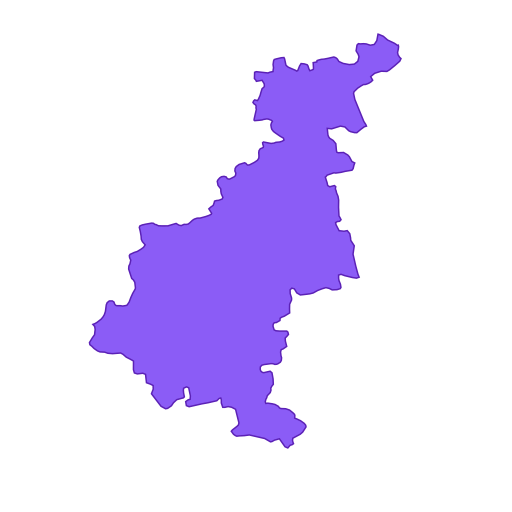 Idleb, Idlib, Syria (Albers equal-area conic projection), rotated 259°
{"feature_id": "27442178B9567094438554", "entity_name": "Idleb", "entity_type": "district", "adm_level": 2, "iso_a3": "SYR", "parent_name": "Syria", "parent_adm1": "Idlib", "projection": "albers", "projection_center": [36.811, 35.88], "detail": "fine", "context": "isolated", "style": "filled", "palette": "violet", "viewbox_px": 512, "rotation_deg": 259, "n_neighbors": 0, "source": "geoboundaries", "source_scale": "gbopen_adm2", "svg_char_len": 6112}
<svg xmlns="http://www.w3.org/2000/svg" viewBox="0 0 512 512"><g transform="rotate(259 256 256)"><path d="M220.0,82.8L217.6,84.2L214.6,84.1L209.5,82.5L207.1,79.9L202.8,76.0L200.6,76.0L198.8,77.6L196.1,79.4L193.1,82.3L191.6,84.6L190.5,89.1L188.8,92.0L187.5,96.6L186.6,104.6L184.9,106.7L181.5,109.3L178.6,113.0L176.3,115.7L167.8,114.0L164.4,114.3L162.9,117.0L162.5,122.5L160.9,125.0L152.5,124.3L150.3,128.0L148.5,130.3L144.9,129.7L140.7,127.1L126.6,134.1L123.3,138.1L123.3,140.2L125.1,144.4L127.7,147.0L130.1,150.8L130.6,157.7L131.4,158.8L135.5,158.8L138.1,159.1L140.0,159.7L140.8,162.8L139.5,164.8L131.2,164.9L127.9,164.0L127.8,162.0L126.5,159.2L122.4,159.1L120.8,161.6L121.2,174.6L121.1,180.9L121.4,189.9L123.2,192.6L123.3,194.3L121.5,194.5L118.3,193.9L113.8,194.5L113.4,196.5L113.5,199.9L112.2,203.2L109.4,206.7L95.4,207.4L93.4,206.4L92.4,204.8L89.8,199.7L88.7,198.3L85.3,199.9L83.7,201.4L82.8,202.7L82.6,205.4L81.9,210.3L81.6,215.3L75.2,229.7L70.8,234.8L70.8,236.2L71.7,239.0L72.1,244.1L63.2,248.1L61.5,250.6L63.7,253.4L63.9,255.5L64.6,257.0L66.3,256.7L68.5,256.7L69.4,257.2L70.1,257.3L72.6,265.4L74.2,268.2L78.7,272.5L80.4,272.5L82.5,271.4L85.8,268.3L88.1,265.2L89.5,263.0L91.9,263.7L93.2,263.6L95.1,262.3L98.4,259.5L100.4,256.0L101.5,251.4L102.3,250.1L104.2,249.2L106.6,246.4L107.8,243.8L109.3,239.5L109.4,237.5L111.2,237.3L113.4,238.3L114.7,239.4L116.7,240.4L119.2,243.9L121.4,245.1L123.5,245.3L125.3,246.8L126.7,248.5L132.1,249.3L138.3,249.4L140.2,247.9L140.0,241.4L140.5,240.1L142.0,238.8L143.9,238.5L146.3,239.1L147.7,240.9L147.9,243.3L147.5,250.1L147.0,252.2L146.0,253.8L145.8,255.7L146.1,257.2L147.1,259.6L148.6,260.9L151.2,261.7L153.4,261.5L157.1,261.8L159.3,262.9L159.6,264.8L161.4,268.9L166.8,268.6L169.9,269.0L171.2,270.9L172.8,272.9L175.2,272.8L176.4,271.9L177.7,265.2L178.8,261.3L180.0,259.7L183.9,259.3L185.8,259.9L187.0,261.2L186.8,263.3L188.1,267.2L190.3,267.8L191.0,269.3L191.5,272.3L193.7,278.2L197.6,278.8L202.2,279.8L206.0,282.5L207.9,282.9L212.6,282.4L216.3,283.0L217.6,285.0L216.4,287.4L212.0,289.0L209.3,292.1L208.9,297.1L208.6,301.6L208.8,305.1L210.4,310.0L211.2,314.5L211.6,318.6L210.2,321.7L208.2,324.3L207.5,329.1L207.9,332.5L209.0,333.4L212.2,333.5L215.9,332.8L218.0,332.8L221.5,333.4L221.8,336.0L219.8,339.3L216.5,346.5L215.1,350.4L215.5,353.2L218.6,352.6L226.9,352.0L239.3,351.6L247.3,354.4L253.3,352.0L255.9,352.3L260.0,352.3L263.5,350.4L263.5,347.1L265.0,342.4L271.5,340.5L273.6,340.5L274.3,342.4L274.1,344.7L275.4,346.4L277.6,345.8L279.5,345.1L288.0,346.3L295.1,347.8L298.9,347.9L302.7,347.1L304.6,347.1L306.6,346.7L308.9,347.5L310.2,346.4L309.9,341.6L311.5,339.8L314.1,339.8L320.2,339.1L320.7,340.0L321.8,341.3L322.8,348.4L322.2,350.1L321.9,355.3L322.1,359.8L321.9,366.6L323.2,368.0L326.7,369.6L328.5,370.7L330.4,368.2L335.6,366.6L337.6,365.4L340.9,361.7L341.7,356.3L342.5,355.1L344.4,355.1L351.0,355.8L354.7,353.8L357.5,350.8L359.0,350.1L361.0,349.7L367.7,350.3L366.4,354.5L367.4,363.7L365.7,367.9L361.3,370.9L360.0,372.6L358.3,376.3L357.8,378.5L360.5,383.4L362.2,387.0L362.4,389.2L364.0,388.9L367.5,387.5L390.8,382.9L397.0,382.8L398.6,383.6L401.4,387.9L403.0,391.8L403.8,394.2L403.5,396.1L403.8,398.4L404.2,400.1L405.2,402.5L406.3,404.1L410.2,402.8L412.7,407.3L413.5,414.2L412.2,419.7L413.2,422.5L416.4,428.5L419.8,434.3L422.1,436.0L423.6,434.9L426.4,433.8L428.8,433.8L431.8,435.1L434.2,435.9L435.8,435.9L435.7,435.2L438.4,432.5L442.9,426.4L447.4,422.9L450.1,418.9L450.5,418.1L444.4,415.7L441.1,412.5L441.1,408.4L443.1,404.8L443.9,402.0L444.3,398.9L444.9,397.0L443.8,395.4L438.3,393.4L434.4,394.8L431.9,395.1L427.7,393.1L425.6,389.2L426.1,384.1L428.4,378.3L431.1,374.5L433.9,373.4L435.4,372.2L436.5,370.4L436.4,366.8L436.3,364.8L436.3,360.3L436.6,357.6L436.4,354.5L436.2,353.2L434.9,352.7L434.9,349.0L429.6,348.3L428.3,347.9L427.9,346.3L427.6,344.2L429.8,343.6L432.7,343.3L434.0,342.7L435.4,340.0L436.3,337.0L434.3,335.1L430.0,332.3L429.8,331.1L430.6,330.4L435.1,323.8L437.1,322.1L437.8,321.8L444.0,321.7L445.5,321.3L445.8,318.6L445.6,313.5L445.4,311.4L444.2,310.5L440.7,309.3L437.4,309.1L435.3,308.3L433.8,307.9L433.8,304.8L433.4,302.7L436.9,291.4L436.6,289.7L430.5,288.3L428.4,289.5L427.4,289.7L427.3,295.5L423.5,296.9L421.0,296.6L420.3,296.0L419.1,293.9L415.4,291.9L412.9,290.7L409.5,288.3L408.3,287.1L409.5,284.5L408.6,283.2L407.3,282.3L405.7,283.1L404.3,284.5L403.0,284.7L401.3,284.2L399.9,284.3L391.0,280.4L389.8,280.0L389.1,280.5L388.6,285.2L388.4,288.0L388.6,289.4L388.5,292.8L387.9,294.5L386.2,297.1L385.1,297.8L383.6,296.5L381.8,295.6L378.9,295.5L377.3,295.7L374.9,296.9L372.9,298.7L368.8,302.7L366.5,305.4L364.5,305.6L363.7,303.8L363.4,301.0L363.8,297.1L363.4,295.4L363.6,292.3L366.5,285.1L366.0,284.1L364.3,284.0L362.4,284.3L361.2,283.8L360.8,282.4L360.5,280.7L358.9,279.1L356.9,278.4L353.7,278.0L351.5,277.4L349.7,275.7L348.2,272.2L346.7,267.0L346.8,265.2L347.5,264.5L348.8,263.8L349.7,262.6L349.1,256.9L347.6,253.7L345.9,252.2L343.5,251.5L341.2,252.0L338.9,251.2L338.0,249.9L336.8,245.8L336.5,244.3L337.4,242.6L339.3,241.8L340.3,239.8L340.4,237.2L339.6,235.3L338.0,233.2L336.7,232.2L332.6,232.2L328.6,234.2L325.8,233.8L323.6,233.8L319.9,234.7L318.4,233.7L317.8,230.1L318.0,227.7L317.8,225.8L315.9,224.9L313.8,223.6L312.7,221.0L311.3,218.7L306.4,220.6L305.5,220.0L304.8,217.5L304.3,214.0L303.9,208.3L304.4,205.5L304.0,202.5L303.2,200.5L301.2,197.3L300.3,195.5L300.3,193.6L300.8,191.4L300.1,188.4L301.0,186.2L303.2,183.8L302.9,180.3L302.4,175.3L303.4,169.8L304.3,166.0L305.9,163.9L306.4,162.6L307.6,161.7L308.2,159.9L308.3,153.6L308.2,150.3L307.7,147.8L306.4,146.9L302.2,147.1L297.5,147.0L294.2,146.6L291.8,147.2L288.1,149.3L286.0,147.3L284.7,144.6L283.1,140.3L282.7,137.0L281.9,133.9L281.7,132.8L280.7,131.8L279.1,131.6L277.5,131.8L275.9,132.3L272.4,130.8L270.4,129.3L267.5,128.5L257.7,129.7L255.9,131.1L253.3,132.0L247.9,131.6L246.7,131.2L242.9,127.9L239.1,125.2L235.0,122.7L233.0,120.7L232.2,119.7L232.3,115.6L233.1,113.4L233.8,109.8L234.4,108.8L235.6,108.1L237.9,107.8L239.3,106.4L239.9,103.4L238.6,101.0L236.6,99.7L230.3,97.6L227.3,95.9L225.4,94.2L223.6,92.0L221.2,87.3L220.4,85.1L220.0,82.8Z" fill="#8b5cf6" stroke="#5b21b6" stroke-width="1.5"/></g></svg>